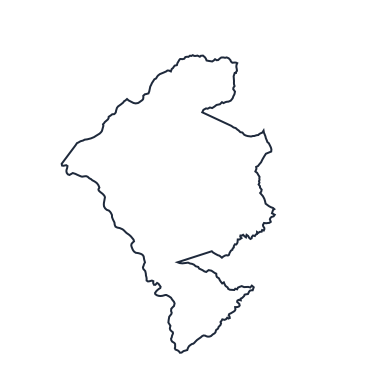 São João do Paraíso, Maranhão, Brazil (Robinson projection), rotated 135°
{"feature_id": "56859067B9306811321395", "entity_name": "São João do Paraíso", "entity_type": "district", "adm_level": 2, "iso_a3": "BRA", "parent_name": "Brazil", "parent_adm1": "Maranhão", "projection": "robinson", "projection_center": [-46.883, -6.44], "detail": "fine", "context": "isolated", "style": "outline", "palette": "slate", "viewbox_px": 384, "rotation_deg": 135, "n_neighbors": 0, "source": "geoboundaries", "source_scale": "gbopen_adm2", "svg_char_len": 6028}
<svg xmlns="http://www.w3.org/2000/svg" viewBox="0 0 384 384"><g transform="rotate(135 192 192)"><path d="M207.1,302.8L207.8,301.5L212.4,298.9L213.8,298.6L216.0,298.6L220.2,299.6L222.5,300.1L225.6,301.4L228.8,303.3L230.9,304.9L232.6,305.4L234.9,306.7L237.5,307.4L238.8,307.9L241.2,307.4L264.2,304.1L265.2,302.6L264.4,301.5L262.0,299.9L261.7,298.4L263.4,297.2L265.2,296.3L266.2,295.4L267.0,294.2L267.3,292.3L266.6,290.7L262.9,289.7L261.6,287.2L261.0,285.4L259.9,282.6L259.3,281.2L258.6,280.3L257.3,279.4L255.7,278.1L255.0,276.6L254.9,274.3L254.3,272.5L254.2,270.8L253.6,268.9L253.2,267.2L253.0,265.2L253.4,262.9L254.4,260.6L256.2,260.1L256.9,259.0L256.9,257.0L256.5,253.9L256.6,251.5L257.2,249.9L262.1,246.5L263.4,245.3L264.4,244.0L265.0,241.9L264.9,239.7L263.9,237.6L263.9,235.8L264.2,234.3L264.9,232.3L266.3,230.8L267.3,228.6L268.4,225.3L269.8,223.5L270.6,221.6L270.0,219.7L268.6,217.6L267.5,214.8L267.3,213.3L267.3,209.4L266.7,206.1L266.6,203.7L267.0,199.7L267.9,198.1L270.1,198.2L271.6,198.0L272.8,197.1L273.5,195.9L274.7,193.1L275.1,191.1L274.8,188.9L273.1,186.6L271.9,184.4L271.4,182.6L271.7,180.7L273.5,178.2L275.0,175.5L277.0,174.9L278.4,174.1L279.9,173.5L280.8,172.1L281.0,169.1L282.4,166.9L283.7,165.4L284.4,164.1L285.2,163.0L286.7,161.5L286.4,159.9L285.4,159.1L283.0,157.7L282.4,156.3L283.8,155.1L284.5,153.3L283.6,152.3L281.0,152.4L280.6,150.7L281.2,147.2L282.4,146.5L283.9,146.9L285.6,147.1L287.5,147.1L289.6,146.7L290.2,145.6L289.8,143.7L288.9,142.0L287.8,140.7L286.3,139.5L283.8,138.1L282.9,137.2L282.5,135.9L282.1,134.7L281.6,132.1L282.1,130.0L282.4,127.1L283.1,125.5L285.4,124.1L287.0,124.2L289.2,124.1L291.0,122.6L291.7,121.0L292.9,120.3L296.3,119.9L299.0,118.0L301.0,116.4L301.9,112.6L303.3,111.8L304.3,111.0L304.9,109.7L304.9,107.9L304.7,106.4L305.5,105.4L307.7,104.5L309.2,103.5L310.5,103.1L311.4,101.9L311.8,100.3L311.2,97.8L311.4,96.5L313.5,94.3L314.6,93.7L315.1,92.3L314.1,90.0L313.9,88.5L314.2,86.9L312.9,85.8L310.5,85.5L307.1,83.6L305.3,84.5L303.3,85.1L301.1,84.9L299.4,84.5L298.3,83.8L296.8,83.7L295.6,83.8L293.1,83.8L288.4,83.0L286.6,82.9L285.3,82.4L284.3,81.2L283.8,79.7L283.0,78.4L281.7,77.3L280.3,76.7L277.9,76.6L276.1,76.1L274.6,76.2L273.5,76.9L272.2,77.4L270.8,77.0L269.7,77.2L268.6,77.8L266.0,77.8L264.3,78.6L263.8,79.9L262.0,80.1L260.6,80.5L259.4,78.6L257.9,78.0L256.0,78.2L255.8,76.8L254.4,76.2L253.5,77.5L253.2,78.9L251.9,79.4L250.4,78.8L248.4,78.3L246.9,77.9L245.5,77.8L244.4,78.2L242.9,80.1L241.3,78.6L239.9,77.9L238.6,78.0L237.7,79.3L237.8,82.4L236.7,83.1L235.4,82.8L234.1,80.9L233.1,82.2L231.3,81.6L228.7,81.6L227.4,82.2L226.2,81.5L224.6,80.3L222.3,81.1L220.9,81.3L219.6,80.6L218.6,79.6L215.7,81.0L215.9,83.5L218.3,83.3L219.4,85.2L222.4,87.9L223.4,90.3L225.3,91.2L227.1,91.9L228.9,91.3L229.8,93.0L231.4,92.8L234.3,96.1L234.9,97.9L234.3,99.3L234.7,101.7L234.3,103.3L233.4,105.6L235.3,106.0L235.1,108.0L234.7,110.0L234.0,111.9L234.5,114.2L234.0,115.5L232.6,117.1L233.2,118.8L233.9,122.6L235.5,125.0L238.5,125.4L239.4,127.1L239.8,129.2L240.5,131.2L241.1,132.8L240.6,134.6L241.9,136.9L242.0,139.2L242.8,141.2L244.0,142.9L244.7,144.8L246.7,146.3L249.2,148.3L251.0,150.5L251.9,152.5L219.9,136.1L219.9,134.4L219.3,132.0L218.4,129.0L217.6,127.5L217.3,124.4L215.8,124.3L213.6,123.7L212.4,123.0L211.5,121.7L210.4,121.4L208.3,122.4L205.9,123.0L204.3,122.6L203.2,123.3L201.7,123.2L200.8,124.1L198.7,124.7L197.8,123.6L196.4,123.8L195.3,124.3L193.2,126.1L191.9,124.8L189.6,124.4L189.5,126.3L188.5,127.0L187.5,125.9L186.1,125.6L186.2,123.6L185.9,121.8L183.7,123.1L183.4,121.2L184.0,119.1L183.9,117.5L182.6,117.1L181.3,118.0L179.6,118.1L178.7,116.4L176.9,116.8L175.7,116.3L174.3,117.7L174.0,116.2L172.3,115.9L170.8,114.7L169.3,115.5L168.5,114.0L167.2,114.5L166.3,115.4L165.9,117.4L165.2,118.5L163.0,119.2L161.7,117.5L159.1,115.5L157.4,115.2L156.2,117.7L154.6,118.2L153.4,118.1L151.5,117.1L149.6,117.4L150.5,120.4L147.4,122.0L145.9,121.7L146.0,123.4L147.0,125.6L147.6,127.6L148.2,131.7L146.8,133.9L145.7,136.0L144.8,138.9L144.5,143.1L142.8,143.3L141.1,144.4L140.8,147.0L139.8,148.1L139.6,150.2L137.7,150.9L137.0,152.3L135.7,152.8L134.8,154.0L133.5,155.0L133.1,157.0L132.4,159.5L132.7,161.7L130.1,162.8L128.9,164.4L127.0,163.7L124.6,164.0L122.1,164.2L119.2,165.2L115.8,166.1L112.7,166.8L107.4,164.6L105.8,165.9L105.0,167.2L104.4,168.6L103.2,172.2L103.4,173.9L102.4,176.1L101.8,177.7L100.7,179.5L100.0,181.1L99.2,183.1L98.0,184.8L100.4,184.3L102.0,185.0L103.4,185.4L104.8,185.4L106.2,186.5L108.4,187.6L109.3,188.5L111.0,189.5L113.1,192.2L114.1,194.1L114.6,195.6L114.3,198.4L115.5,200.1L115.5,202.6L115.8,204.1L115.9,206.3L117.0,208.3L117.4,210.9L128.4,241.1L125.8,242.0L123.0,241.2L122.0,239.8L119.6,239.1L118.4,237.1L115.6,236.5L113.1,236.2L110.2,234.3L107.3,234.3L106.9,232.6L104.8,231.9L103.6,231.2L102.3,230.1L100.0,229.2L97.1,229.5L94.9,230.5L92.9,231.1L90.6,232.6L90.1,235.6L88.9,236.5L87.0,236.8L86.1,238.5L85.1,239.6L83.9,240.7L80.7,244.4L77.6,246.0L76.7,245.1L75.7,245.8L74.5,245.9L73.4,247.3L72.2,249.1L70.7,250.4L68.9,251.1L69.4,252.4L70.3,253.4L72.1,254.9L72.2,256.7L71.6,258.1L71.5,260.6L72.3,262.6L73.7,263.5L74.7,265.0L76.2,266.4L77.9,266.7L80.2,266.8L81.4,267.8L81.8,269.6L83.5,269.6L85.4,270.0L87.6,273.0L88.7,274.7L87.9,276.5L87.6,278.1L87.8,280.7L89.5,282.1L90.8,282.1L91.7,284.6L93.2,285.6L94.2,286.6L94.7,288.2L96.3,288.7L97.0,289.8L99.0,290.1L99.8,291.1L101.3,292.1L103.2,291.7L104.7,292.6L106.3,294.4L107.4,294.4L111.2,293.4L113.0,292.4L114.9,293.6L116.4,293.4L117.8,293.1L119.4,293.3L121.7,292.2L122.4,294.1L123.5,295.3L125.0,295.5L127.6,296.5L131.4,298.1L133.9,298.4L135.6,298.1L137.1,297.7L138.9,298.3L143.5,297.3L145.2,296.6L146.9,296.1L151.2,293.3L153.1,292.5L155.2,293.7L156.2,294.4L158.4,294.5L159.6,293.2L160.8,292.3L162.1,292.1L166.2,292.8L167.3,293.1L169.2,294.5L170.4,296.3L172.1,301.6L172.2,303.7L174.4,303.8L175.7,304.2L177.5,303.9L180.3,304.2L183.9,304.8L185.7,304.5L188.3,303.1L189.6,302.2L190.8,302.0L192.0,302.1L193.5,303.4L195.5,303.6L197.7,304.1L199.0,303.1L200.2,302.8L204.2,303.1L205.8,302.8L207.1,302.8Z" fill="none" stroke="#1e293b" stroke-width="2"/></g></svg>